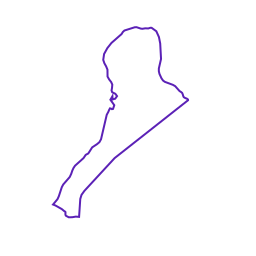 the Province of Negros Oriental, rotated 197°
{"feature_id": "PHL-2516", "entity_name": "Negros Oriental", "entity_type": "Province", "adm_level": 1, "iso_a3": "PHL", "parent_name": "Philippines", "parent_adm1": "", "projection": "robinson", "projection_center": [123.114, 9.74], "detail": "fine", "context": "isolated", "style": "outline", "palette": "violet", "viewbox_px": 256, "rotation_deg": 197, "n_neighbors": 0, "source": "natural_earth", "source_scale": "10m", "svg_char_len": 1307}
<svg xmlns="http://www.w3.org/2000/svg" viewBox="0 0 256 256"><g transform="rotate(197 128 128)"><path d="M177.3,32.9L174.6,39.4L174.2,42.5L174.0,52.1L173.4,55.1L169.4,64.1L168.9,67.5L168.8,71.0L168.4,73.9L167.6,76.5L161.7,86.3L160.6,89.9L159.7,90.9L158.8,91.7L158.4,92.5L156.6,99.0L152.9,103.5L151.2,106.1L150.5,109.4L152.2,134.4L151.5,137.9L151.4,139.4L151.0,141.5L150.0,141.6L148.9,141.3L147.9,141.9L147.8,145.8L153.1,149.9L152.2,153.8L151.1,150.8L148.8,152.3L147.8,155.3L150.1,157.0L153.6,157.6L154.7,159.1L155.0,161.6L155.7,164.9L157.5,167.0L160.2,168.9L162.6,171.2L164.7,177.8L166.9,180.5L169.5,183.0L171.6,185.9L172.5,191.8L171.1,198.4L168.7,204.5L161.6,216.0L161.0,218.3L159.9,220.2L151.0,226.3L149.3,226.9L144.8,226.8L143.2,227.1L140.6,228.4L137.8,229.1L135.9,230.4L134.7,230.7L129.2,228.8L125.0,224.0L121.9,218.2L116.6,203.7L115.9,193.9L115.1,191.3L113.7,188.9L110.5,185.3L108.3,183.6L106.2,182.9L97.7,182.4L95.1,181.8L89.5,178.4L87.7,177.9L86.5,177.4L85.4,176.1L84.6,174.8L83.7,173.8L82.1,173.4L80.4,173.3L79.0,172.8L78.7,172.1L132.0,95.3L151.3,55.2L152.9,50.5L152.9,46.2L148.8,28.7L152.0,28.0L155.2,26.4L158.5,25.3L161.6,25.9L162.2,26.4L162.5,26.9L162.8,27.6L162.9,28.4L163.3,29.4L163.8,29.7L164.5,29.8L167.6,31.1L174.8,32.7L177.3,32.9Z" fill="none" stroke="#5b21b6" stroke-width="2"/></g></svg>